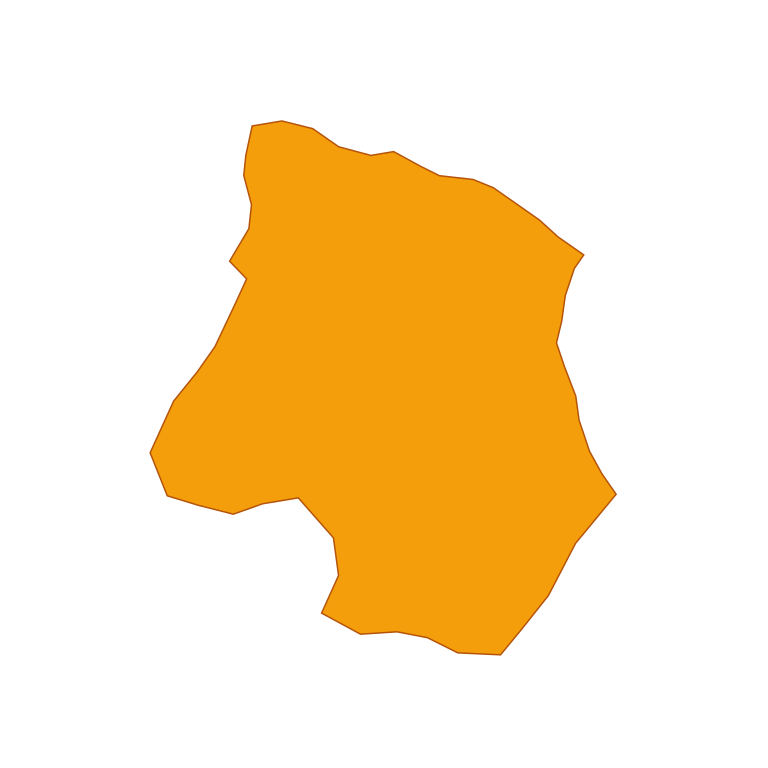 Livadia Ammochostou, Cyprus, rotated 215°
{"feature_id": "46923920B52729899789511", "entity_name": "Livadia Ammochostou", "entity_type": "district", "adm_level": 2, "iso_a3": "CYP", "parent_name": "Cyprus", "parent_adm1": "", "projection": "robinson", "projection_center": [34.038, 35.398], "detail": "fine", "context": "isolated", "style": "filled", "palette": "amber", "viewbox_px": 768, "rotation_deg": 215, "n_neighbors": 0, "source": "geoboundaries", "source_scale": "gbopen_adm2", "svg_char_len": 795}
<svg xmlns="http://www.w3.org/2000/svg" viewBox="0 0 768 768"><g transform="rotate(215 384 384)"><path d="M130.6,426.8L153.9,435.4L177.1,446.8L203.5,466.3L220.0,484.1L246.5,502.0L266.3,516.6L274.6,537.7L286.2,560.4L294.4,588.0L294.4,604.3L325.9,604.3L350.7,607.5L377.1,607.5L406.9,607.5L428.4,602.6L458.1,586.4L479.6,583.2L509.4,579.9L525.9,563.7L557.3,552.3L588.8,552.3L618.5,540.9L640.0,519.8L628.4,492.2L618.5,474.4L595.4,454.9L583.8,433.8L580.9,396.0L556.8,391.3L551.7,363.4L543.9,317.7L543.9,287.3L546.5,249.3L536.1,193.5L497.4,168.1L466.4,178.2L432.8,190.9L414.7,216.3L388.9,241.6L337.2,229.0L311.4,201.1L303.7,160.5L259.7,165.6L231.3,188.4L202.9,201.1L169.3,206.1L133.2,229.0L130.6,261.9L128.0,305.0L135.7,363.4L130.6,426.8Z" fill="#f59e0b" stroke="#b45309" stroke-width="1.5"/></g></svg>